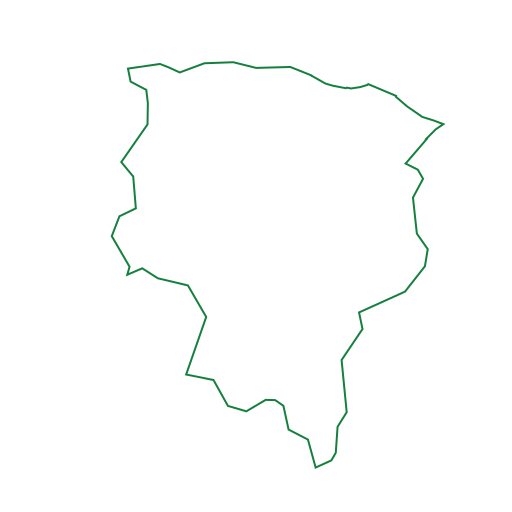 outline of Magherafelt, rotated 283°
{"feature_id": "GBR-2093", "entity_name": "Magherafelt", "entity_type": "District", "adm_level": 1, "iso_a3": "GBR", "parent_name": "United Kingdom", "parent_adm1": "", "projection": "mercator", "projection_center": [-6.651, 54.82], "detail": "fine", "context": "isolated", "style": "outline", "palette": "green", "viewbox_px": 512, "rotation_deg": 283, "n_neighbors": 0, "source": "natural_earth", "source_scale": "10m", "svg_char_len": 1010}
<svg xmlns="http://www.w3.org/2000/svg" viewBox="0 0 512 512"><g transform="rotate(283 256 256)"><path d="M94.2,326.8L116.2,316.4L119.9,307.1L118.0,297.8L102.5,281.5L103.6,262.4L125.6,242.5L124.8,214.6L185.4,221.2L212.0,196.3L212.2,165.4L218.4,147.9L208.8,134.8L217.1,135.2L242.9,111.0L264.0,114.0L275.4,128.2L305.8,118.5L317.2,103.6L359.8,120.7L380.8,116.2L393.2,111.7L397.7,94.6L409.8,89.1L421.5,119.2L420.2,128.2L417.7,140.4L432.2,162.4L439.7,190.3L439.3,213.8L447.9,246.9L444.4,269.6L444.0,269.8L444.0,270.1L439.7,284.6L439.2,292.4L439.7,305.9L440.5,306.7L440.6,310.9L444.0,319.5L447.7,326.0L448.0,326.0L448.7,326.7L443.5,356.5L442.6,356.5L435.8,369.5L428.9,386.8L428.0,398.8L426.6,408.9L419.8,402.6L408.4,395.5L408.3,396.0L407.2,395.4L379.7,381.0L376.5,394.3L368.8,401.4L348.2,395.8L314.0,407.7L301.3,421.8L284.0,422.9L254.8,409.2L224.2,369.1L208.8,376.2L173.9,362.8L124.2,379.5L107.9,373.9L82.2,378.0L73.8,375.4L63.3,361.7L88.8,347.9L94.2,326.8Z" fill="none" stroke="#15803d" stroke-width="2"/></g></svg>